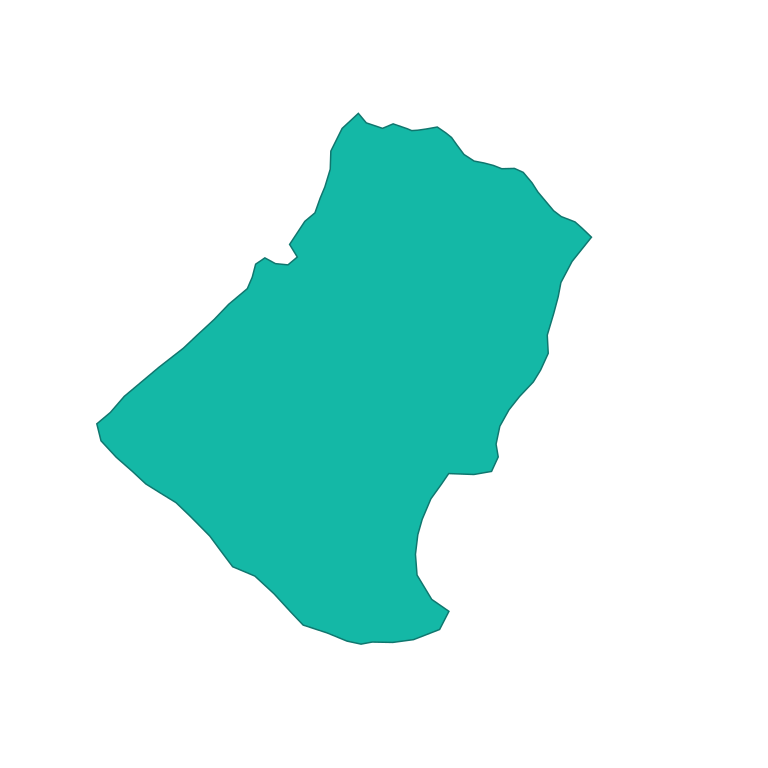 the district of Agios Theodoros Ammochostou, Cyprus, rotated 50°
{"feature_id": "46923920B90190427209928", "entity_name": "Agios Theodoros Ammochostou", "entity_type": "district", "adm_level": 2, "iso_a3": "CYP", "parent_name": "Cyprus", "parent_adm1": "", "projection": "robinson", "projection_center": [34.038, 35.355], "detail": "fine", "context": "isolated", "style": "filled", "palette": "teal", "viewbox_px": 768, "rotation_deg": 50, "n_neighbors": 0, "source": "geoboundaries", "source_scale": "gbopen_adm2", "svg_char_len": 1334}
<svg xmlns="http://www.w3.org/2000/svg" viewBox="0 0 768 768"><g transform="rotate(50 384 384)"><path d="M160.2,229.7L161.3,251.8L171.4,275.0L184.9,287.1L195.0,302.6L200.7,313.6L208.5,326.9L208.5,340.1L216.4,366.6L231.0,368.8L231.0,381.0L222.0,389.8L210.8,394.2L209.7,405.3L217.5,416.3L223.1,427.4L223.1,451.7L225.4,472.7L226.5,495.9L227.6,514.7L226.5,545.6L226.5,568.8L226.5,590.9L229.9,611.9L229.9,629.6L245.6,637.3L268.1,636.2L289.5,632.9L307.5,630.7L324.4,625.2L341.2,619.6L361.5,617.4L388.5,615.2L406.5,616.3L426.7,617.4L448.1,606.4L474.0,603.1L498.7,602.0L516.7,600.9L538.1,587.6L557.2,577.6L568.5,568.8L574.1,558.9L587.6,543.4L598.8,525.7L607.8,499.2L599.9,480.4L579.7,485.9L551.6,481.5L534.7,469.4L521.2,455.0L512.2,441.7L502.1,421.9L497.6,404.2L494.2,392.0L511.1,373.3L520.1,357.8L513.3,343.4L502.1,336.8L490.8,322.4L484.1,304.8L480.7,288.2L478.4,268.3L474.0,255.1L466.1,238.5L451.5,227.5L439.1,208.7L429.0,194.3L420.0,183.3L411.0,161.2L404.9,130.7L392.0,132.1L382.6,133.5L369.7,140.6L360.3,142.7L347.4,142.7L335.8,142.7L325.1,141.3L311.4,141.3L302.7,145.5L294.8,155.4L286.9,159.7L279.0,165.3L271.1,171.7L259.6,175.2L247.3,174.5L238.7,173.8L231.5,175.2L221.4,178.0L215.7,187.9L211.3,195.0L207.7,199.9L203.4,202.1L190.6,209.8L187.2,220.8L172.6,229.7L160.2,229.7Z" fill="#14b8a6" stroke="#0f766e" stroke-width="1.5"/></g></svg>